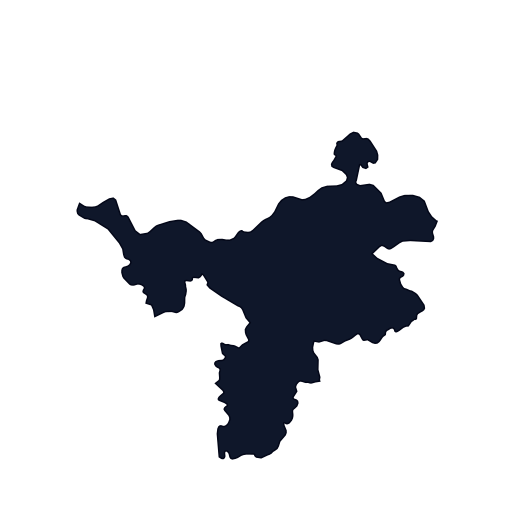 an SVG outline of Vilniaus, rotated 228°
{"feature_id": "LTU-1075", "entity_name": "Vilniaus", "entity_type": "County", "adm_level": 1, "iso_a3": "LTU", "parent_name": "Lithuania", "parent_adm1": "", "projection": "mercator", "projection_center": [25.254, 54.825], "detail": "fine", "context": "isolated", "style": "filled", "palette": "ink", "viewbox_px": 512, "rotation_deg": 228, "n_neighbors": 0, "source": "natural_earth", "source_scale": "10m", "svg_char_len": 6159}
<svg xmlns="http://www.w3.org/2000/svg" viewBox="0 0 512 512"><g transform="rotate(228 256 256)"><path d="M413.1,160.1L407.9,161.5L405.8,162.7L402.0,166.5L399.9,169.4L398.9,171.9L398.0,178.4L396.5,185.2L394.5,188.6L391.5,189.1L377.4,182.8L375.5,183.0L374.4,184.2L373.6,185.5L372.8,186.5L371.5,186.9L370.4,186.9L355.6,183.0L349.5,184.1L345.3,190.7L345.0,193.4L345.1,199.2L344.9,202.0L344.2,204.0L339.3,214.7L334.7,221.8L332.7,224.0L327.9,226.8L311.7,230.1L309.2,230.1L304.3,228.9L301.9,228.9L296.9,231.0L295.3,232.4L294.8,234.1L294.6,236.2L293.7,238.6L290.9,241.9L287.8,244.3L285.2,247.1L283.8,251.5L284.0,253.5L285.1,258.2L285.2,260.1L284.6,262.0L283.9,262.5L283.0,262.5L281.7,263.2L278.8,265.8L277.4,267.9L277.0,271.0L277.4,282.8L277.2,285.2L276.7,287.6L276.0,289.7L275.4,292.0L275.3,294.9L276.2,299.5L279.5,307.7L280.2,312.2L279.5,316.7L277.7,320.3L275.1,323.0L266.9,327.8L264.9,330.6L263.4,335.3L262.9,341.3L263.0,346.1L262.5,350.5L260.1,355.5L253.9,362.9L251.4,367.8L251.2,373.6L253.1,376.6L256.0,377.7L261.8,377.3L269.8,373.1L271.8,372.5L273.6,373.6L274.4,375.5L274.8,377.7L276.2,381.8L276.7,382.6L277.2,382.8L278.8,382.3L279.4,382.4L280.7,383.8L281.9,385.5L282.9,387.6L283.8,390.1L284.3,390.8L285.1,391.1L285.7,391.6L286.0,393.0L285.7,394.0L284.2,396.1L283.7,397.2L283.6,407.6L282.6,411.2L279.5,413.5L277.9,413.8L272.9,413.1L271.4,413.8L269.3,416.7L267.9,417.5L265.0,417.6L253.2,415.7L249.6,413.9L246.5,411.0L245.5,406.9L246.5,405.3L250.3,404.0L251.3,402.3L250.5,400.3L247.3,398.6L247.6,396.3L250.4,394.7L253.5,395.0L254.6,394.1L245.2,381.2L244.6,379.9L243.7,379.1L242.0,378.7L238.6,380.3L233.3,388.2L230.0,390.3L219.0,390.9L210.6,387.9L208.2,388.3L206.5,391.3L203.7,402.1L201.5,406.8L196.1,413.0L190.2,416.7L184.2,417.7L173.7,413.6L167.6,412.7L161.4,413.4L160.7,413.8L158.3,409.1L157.3,405.7L156.8,404.2L155.9,403.1L154.6,402.2L151.4,400.7L150.1,399.5L149.4,397.7L149.9,395.5L164.3,381.1L169.1,374.9L170.0,371.5L170.8,364.5L171.4,361.2L171.8,360.2L172.4,359.5L173.7,358.8L177.3,358.0L179.8,356.7L180.4,354.2L180.1,343.7L173.4,344.3L162.5,348.3L156.2,353.0L154.8,353.2L153.0,352.5L150.4,352.0L148.7,352.4L146.6,353.8L145.5,354.2L144.0,354.1L143.1,352.9L142.9,351.5L143.3,350.0L143.5,348.6L143.1,347.3L142.3,346.6L138.4,344.7L134.7,344.0L132.8,344.1L130.5,345.5L127.3,346.9L125.6,348.1L121.2,349.4L119.0,349.6L107.1,347.9L104.5,346.2L103.9,344.7L104.0,342.8L104.5,340.9L105.1,337.5L104.5,335.8L102.2,333.3L102.1,332.7L102.4,332.0L103.1,331.3L103.2,329.1L103.5,327.7L102.2,322.4L103.6,320.6L104.6,317.7L105.0,312.9L105.4,310.7L106.0,309.3L107.3,309.0L108.3,309.6L109.6,309.9L110.8,309.7L111.8,308.7L112.5,307.4L112.8,305.2L113.2,303.9L113.2,302.6L113.0,301.6L111.1,299.4L111.4,296.7L111.3,295.5L110.9,293.8L110.4,291.9L110.1,290.1L110.3,287.8L111.5,286.1L113.7,284.7L119.2,283.0L120.9,280.2L121.7,279.4L123.2,279.5L128.1,280.7L129.5,280.3L130.5,279.2L130.8,276.6L130.9,274.2L131.1,272.1L131.6,269.9L133.4,265.2L134.3,260.8L134.7,259.4L135.6,258.2L137.1,256.9L145.9,252.0L147.7,250.2L150.0,245.3L153.9,242.3L153.2,240.8L150.3,236.9L147.9,235.0L145.5,234.0L139.7,233.6L137.3,232.6L130.1,225.8L123.3,222.3L121.5,220.1L120.4,219.6L122.9,215.8L123.8,213.9L124.5,212.5L125.0,211.8L125.7,211.2L127.4,210.2L128.0,209.5L128.7,208.6L129.5,208.0L131.9,206.6L133.0,205.8L133.8,204.9L134.1,203.7L134.1,202.6L133.7,200.1L132.3,197.6L128.2,195.7L126.5,189.5L125.8,188.5L124.6,188.2L121.9,189.6L120.3,189.7L118.7,188.7L117.3,186.0L117.2,183.1L117.3,181.3L117.0,180.0L115.9,178.9L113.7,177.3L112.5,176.2L111.2,174.5L110.3,172.4L109.8,169.0L110.3,167.3L111.2,166.3L112.5,165.9L113.4,165.4L113.2,164.6L111.5,163.4L106.2,161.5L104.6,160.1L103.5,158.0L102.4,149.7L99.9,145.5L98.9,142.8L99.2,139.8L99.6,137.7L99.4,135.3L99.9,133.1L100.5,131.7L102.6,124.8L106.3,121.8L107.3,121.6L108.4,121.6L109.4,122.3L110.6,121.6L115.4,116.4L117.0,113.9L117.9,111.7L118.7,107.5L119.6,105.2L121.1,102.6L122.5,102.0L124.0,102.2L127.1,103.9L128.7,104.2L130.9,103.8L131.6,102.8L131.5,101.7L130.5,100.6L128.1,98.8L127.4,97.6L127.3,96.4L128.0,95.5L128.7,95.0L131.3,94.3L149.7,108.3L153.0,112.1L153.9,114.1L153.8,115.5L153.2,116.3L151.2,117.5L150.4,118.5L149.9,119.8L149.8,121.4L149.9,122.7L150.4,124.3L151.9,127.2L153.5,128.5L155.6,129.3L162.1,129.5L163.5,129.9L164.1,131.3L164.1,132.8L163.9,134.3L164.4,135.1L165.6,135.4L168.2,134.7L173.5,132.1L174.4,132.0L175.1,132.5L175.7,134.0L175.8,136.0L175.7,139.5L175.7,140.6L177.0,141.3L178.2,141.6L188.4,140.7L188.1,145.4L188.7,146.5L189.9,147.7L193.6,150.6L195.2,153.1L196.6,153.8L197.8,153.6L199.4,152.9L201.2,152.6L203.3,153.1L204.1,154.1L204.3,155.4L203.8,156.9L203.1,158.3L201.0,161.0L200.4,162.4L200.9,165.2L201.8,166.2L203.2,166.3L204.5,166.0L206.1,166.0L212.5,169.8L214.3,171.3L214.1,172.3L213.1,172.9L211.4,173.4L210.2,174.1L208.7,176.0L206.4,177.4L204.5,179.1L203.3,179.9L198.7,181.7L199.0,186.4L198.2,190.0L197.5,192.7L197.8,193.9L198.7,194.7L204.1,196.1L206.1,197.1L208.4,198.9L209.1,200.6L209.5,201.8L210.3,207.1L216.7,207.3L225.1,210.3L227.3,210.6L229.3,210.2L231.0,209.3L249.2,203.6L263.1,200.3L267.2,200.4L267.7,201.2L268.0,202.2L269.2,202.9L276.5,204.2L278.3,204.1L278.9,203.5L278.3,202.3L278.0,200.6L278.3,198.7L280.9,196.4L282.0,195.2L282.4,194.2L281.9,193.6L281.1,192.8L280.9,191.8L281.4,190.5L284.5,187.8L285.0,186.3L284.2,185.4L282.9,184.8L281.6,184.1L280.6,183.2L278.1,181.8L276.7,180.6L274.5,177.9L273.8,176.6L272.9,175.2L268.9,171.5L266.9,168.9L266.3,167.3L265.8,165.3L266.3,161.8L266.7,160.2L267.4,158.9L271.2,156.4L275.2,151.7L276.0,149.7L278.7,140.3L284.5,144.0L289.5,145.7L294.5,142.8L296.1,144.9L297.5,147.5L298.6,148.6L300.2,149.0L304.1,148.0L305.0,148.2L305.9,149.4L306.5,151.3L307.2,152.1L308.6,152.5L311.0,151.9L312.7,151.0L314.0,149.9L314.8,148.9L316.1,146.1L316.7,145.3L317.6,144.4L318.4,143.8L319.6,143.4L328.0,143.1L329.9,143.5L333.4,145.3L335.1,146.9L336.0,148.5L335.9,150.2L335.0,151.9L334.1,154.1L333.9,156.4L334.8,158.7L336.5,159.6L338.9,159.2L340.2,158.2L341.5,157.7L343.1,157.6L345.6,158.7L350.4,161.8L357.1,163.3L375.1,164.2L390.0,159.9L396.7,155.7L397.6,154.7L398.8,153.9L404.9,152.0L406.8,152.0L408.7,153.0L409.8,153.9L412.6,159.1L413.1,160.1Z" fill="#0f172a" stroke="#020617" stroke-width="1.5"/></g></svg>